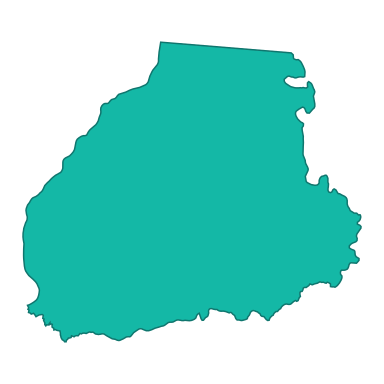 the district of Santa Cruz do Xingu, Mato Grosso, Brazil
{"feature_id": "56859067B46700297890942", "entity_name": "Santa Cruz do Xingu", "entity_type": "district", "adm_level": 2, "iso_a3": "BRA", "parent_name": "Brazil", "parent_adm1": "Mato Grosso", "projection": "natural_earth1", "projection_center": [-52.501, -10.042], "detail": "fine", "context": "isolated", "style": "filled", "palette": "teal", "viewbox_px": 384, "rotation_deg": 0, "n_neighbors": 0, "source": "geoboundaries", "source_scale": "gbopen_adm2", "svg_char_len": 5914}
<svg xmlns="http://www.w3.org/2000/svg" viewBox="0 0 384 384"><path d="M160.7,42.2L159.1,52.1L158.5,58.9L158.5,61.4L158.1,63.0L157.3,64.7L152.9,70.1L151.9,71.9L149.9,76.1L148.2,81.9L147.1,83.5L145.8,84.7L139.7,87.4L132.9,89.0L129.5,90.3L125.8,92.1L118.8,94.3L117.5,95.6L116.2,97.5L114.9,98.6L111.8,99.5L110.6,100.4L108.5,103.1L107.4,103.5L104.9,103.5L103.5,104.1L102.0,105.6L100.9,107.7L100.7,109.4L100.9,112.1L100.6,113.9L99.3,117.1L98.2,121.0L97.0,123.1L95.9,124.7L90.6,129.2L89.5,130.3L88.3,132.0L86.6,135.2L84.8,135.7L83.3,135.7L81.4,136.3L79.1,137.7L77.4,139.1L76.5,140.5L75.9,142.4L74.9,147.6L74.4,149.8L73.2,152.0L71.5,154.0L69.6,155.9L65.4,158.0L64.0,159.2L63.2,160.6L62.9,162.0L62.8,168.2L62.4,169.5L61.9,170.7L60.7,172.4L55.5,175.3L52.6,177.6L51.2,178.9L49.3,181.0L47.4,182.7L44.8,185.5L43.3,188.9L42.4,190.6L41.5,191.7L39.9,193.0L38.8,194.3L37.9,195.1L36.1,196.4L32.9,197.8L31.7,198.9L30.6,200.5L29.6,202.4L27.6,205.0L26.3,208.4L26.0,210.4L26.5,214.0L27.3,216.9L27.1,219.6L26.4,221.4L25.7,222.6L23.8,228.3L23.5,230.8L23.1,233.1L23.0,236.9L23.3,239.7L24.0,243.7L23.7,248.8L23.6,255.1L23.7,258.4L24.4,266.0L25.0,269.1L25.7,271.0L26.9,272.9L28.8,275.5L32.9,279.1L35.6,281.8L37.0,283.8L39.1,288.6L39.4,290.3L39.2,292.3L38.7,295.1L37.9,297.6L37.1,299.1L36.0,300.4L33.5,302.3L31.4,303.6L29.2,304.8L27.5,305.3L28.7,307.8L27.9,309.3L29.0,310.1L28.5,312.5L30.3,313.1L31.2,314.1L33.6,313.3L34.7,314.6L36.0,316.7L37.5,315.8L39.3,314.9L42.2,314.5L43.3,315.3L43.0,316.8L42.8,318.5L44.1,319.1L43.6,320.5L44.8,322.9L44.8,324.6L45.8,325.9L46.5,324.8L48.3,325.0L49.9,322.8L49.9,324.5L50.9,323.9L52.3,324.4L52.0,325.7L52.2,327.3L53.8,328.3L53.9,330.0L55.3,329.6L57.0,330.4L59.9,330.9L60.4,333.2L60.4,335.0L60.8,336.2L61.1,337.7L62.3,339.8L63.8,340.6L64.6,341.8L66.1,341.8L66.4,340.2L67.6,339.4L68.3,338.1L69.6,338.0L71.1,337.5L71.5,335.8L74.1,336.8L75.0,336.0L76.5,335.6L78.1,335.8L80.0,333.5L81.4,333.9L82.7,333.2L84.4,333.1L86.2,333.5L88.4,332.4L89.9,331.9L91.0,332.4L92.4,332.1L93.5,332.4L94.6,333.4L95.9,334.1L97.1,334.2L98.3,334.5L101.0,334.1L102.1,333.8L104.0,334.0L106.9,335.9L112.2,338.8L115.2,339.3L117.2,340.2L118.7,340.5L119.7,340.4L123.1,338.9L126.5,336.9L128.4,336.7L129.9,336.8L131.0,336.0L133.7,332.6L138.2,329.5L139.3,328.9L140.8,328.7L141.8,328.9L143.4,329.6L146.2,330.7L148.8,330.7L151.8,329.7L155.0,328.2L159.2,327.0L161.2,326.3L163.3,325.9L164.6,325.3L168.2,322.6L169.8,322.2L171.4,322.2L173.1,322.0L176.4,320.2L178.0,319.9L180.7,320.3L181.9,320.6L183.4,320.6L185.0,320.3L189.2,320.7L191.1,320.5L192.7,320.0L194.4,319.2L195.8,318.0L196.8,315.3L197.7,314.2L199.2,313.2L201.1,318.8L202.1,320.3L203.5,320.2L205.5,317.6L207.0,316.8L207.9,315.9L208.7,313.0L208.5,310.9L209.0,309.5L210.0,308.7L211.7,308.6L213.2,309.1L215.3,309.5L217.1,309.5L218.0,310.3L219.3,310.9L220.9,311.2L223.4,311.1L225.8,311.6L229.2,312.9L230.4,312.4L231.4,312.6L232.7,314.1L234.6,315.5L235.8,318.6L237.1,320.0L239.2,320.0L241.0,320.5L242.0,320.5L244.3,319.9L246.0,319.4L247.3,318.7L247.7,317.1L249.4,315.0L250.5,312.3L251.6,311.2L253.1,310.5L254.8,310.9L256.4,311.6L257.5,311.8L258.5,312.9L259.8,313.5L260.8,315.5L261.9,316.3L263.9,316.6L266.3,319.6L267.8,320.5L269.2,320.2L269.6,318.6L270.5,317.3L271.9,315.9L273.3,315.1L273.8,313.6L275.8,311.6L277.3,311.5L278.2,310.7L279.2,309.4L280.6,308.7L281.4,307.1L282.5,305.9L283.8,304.9L285.2,304.2L286.7,304.0L288.3,304.4L289.8,304.4L291.0,303.9L293.7,301.5L295.4,300.5L296.7,301.3L298.1,300.6L299.3,297.6L300.4,296.5L300.0,294.7L299.9,292.8L300.5,291.6L302.1,291.4L302.9,289.9L303.3,288.1L304.5,287.4L306.1,287.5L308.8,285.6L310.0,283.9L312.1,284.8L313.1,284.5L314.4,283.9L317.4,283.2L319.9,281.8L321.6,282.4L323.4,282.2L324.9,282.9L326.2,283.2L327.2,282.2L328.9,282.8L330.4,283.8L330.5,286.6L332.1,286.9L333.5,286.8L335.0,287.2L336.0,286.6L337.4,285.5L339.5,282.9L341.0,280.3L341.7,278.6L342.0,277.0L341.8,275.7L340.6,274.4L340.4,272.6L340.7,271.1L341.6,270.2L344.3,270.2L345.6,269.9L347.3,269.1L347.9,268.3L348.6,266.6L349.1,264.5L350.0,263.2L351.0,262.8L356.5,263.2L359.0,260.4L359.0,258.5L356.1,256.7L355.2,255.0L354.8,251.2L353.9,250.2L351.5,249.3L350.1,248.5L349.3,247.8L349.3,245.9L351.1,244.0L352.3,243.2L355.8,241.8L357.0,240.6L357.2,238.4L356.5,236.6L356.5,235.3L357.0,233.8L360.9,228.2L361.0,226.5L359.8,225.2L357.4,224.2L357.4,222.3L359.2,220.9L360.1,219.6L360.7,217.6L360.7,216.1L360.1,214.8L358.4,214.9L356.7,213.2L354.1,213.1L352.6,212.1L350.3,210.7L349.2,208.3L347.9,206.4L347.2,204.0L347.2,200.5L346.8,198.8L346.1,197.6L344.7,196.4L341.8,195.0L339.7,193.8L338.2,193.6L337.5,192.6L335.9,189.9L334.1,188.9L332.9,189.8L331.9,191.9L330.6,192.6L329.0,192.2L328.0,190.6L328.0,188.6L328.3,186.7L328.5,183.9L327.9,182.3L327.9,178.3L327.0,176.1L326.3,175.3L325.2,175.2L323.4,176.0L321.8,176.3L320.4,177.5L319.6,179.1L319.2,180.3L319.1,183.0L318.4,184.1L317.3,185.0L315.0,185.3L311.2,184.6L307.1,182.5L306.2,181.4L305.3,176.4L308.0,170.5L308.2,169.0L307.6,167.2L305.8,163.7L305.4,162.4L305.2,160.3L303.2,155.3L303.0,153.9L303.2,146.4L303.4,142.6L303.2,138.4L303.3,136.4L302.2,130.4L302.1,128.9L302.1,127.6L303.3,126.0L303.5,123.8L302.5,122.8L301.3,122.3L300.0,121.3L297.7,119.0L296.1,116.2L295.5,114.1L295.6,112.5L296.2,111.2L299.0,109.1L302.5,107.1L304.0,107.6L305.0,109.0L305.8,111.3L307.0,113.0L309.4,113.1L312.8,109.2L314.0,108.2L314.8,106.5L314.8,103.9L313.4,96.1L314.5,93.1L314.8,91.8L314.2,89.7L313.6,88.7L312.3,85.3L311.7,84.1L310.9,83.1L308.7,81.6L307.5,82.8L307.4,85.0L307.7,86.9L306.4,88.0L304.7,87.9L303.1,87.5L301.8,87.9L300.2,87.7L299.1,87.9L296.7,87.9L295.0,87.8L290.9,86.7L289.8,86.1L286.0,83.6L285.2,82.8L284.3,81.3L284.2,79.3L287.2,76.7L288.1,76.2L289.1,76.1L291.5,77.0L293.1,77.1L294.6,77.8L295.9,77.9L298.3,77.1L300.2,76.8L303.2,77.1L304.7,76.6L305.0,71.9L304.6,69.8L303.3,66.5L301.8,63.5L301.1,62.2L300.2,61.1L299.2,60.3L298.2,59.6L296.4,59.8L294.2,59.1L293.5,58.2L293.2,54.8L291.2,52.9L160.7,42.2Z" fill="#14b8a6" stroke="#0f766e" stroke-width="1.5"/></svg>